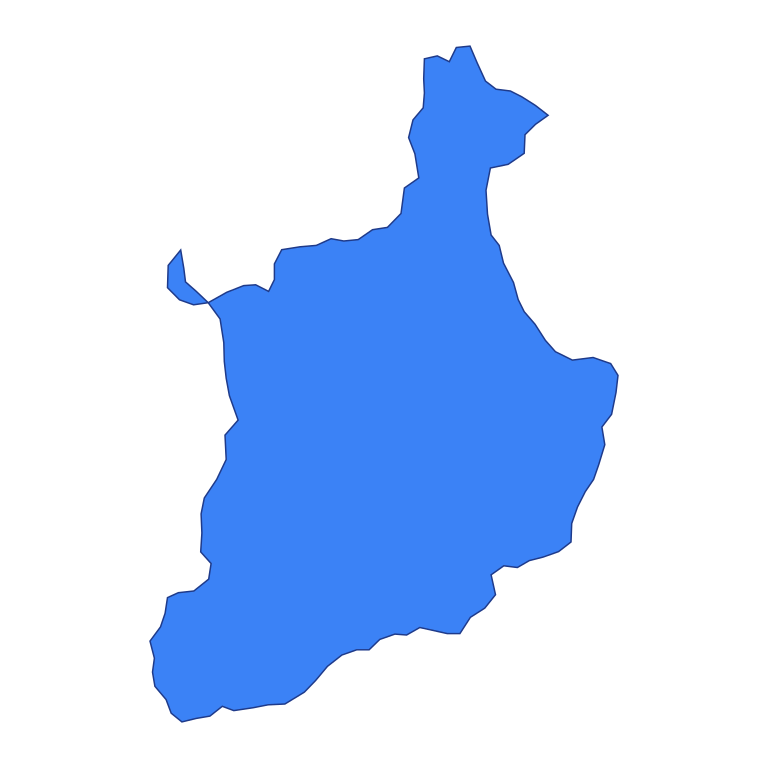 Senador Cortes, Minas Gerais, Brazil
{"feature_id": "56859067B45306296887702", "entity_name": "Senador Cortes", "entity_type": "district", "adm_level": 2, "iso_a3": "BRA", "parent_name": "Brazil", "parent_adm1": "Minas Gerais", "projection": "natural_earth1", "projection_center": [-42.912, -21.761], "detail": "fine", "context": "isolated", "style": "filled", "palette": "blue", "viewbox_px": 768, "rotation_deg": 0, "n_neighbors": 0, "source": "geoboundaries", "source_scale": "gbopen_adm2", "svg_char_len": 1704}
<svg xmlns="http://www.w3.org/2000/svg" viewBox="0 0 768 768"><path d="M424.4,58.8L423.7,78.8L424.4,93.0L423.2,107.8L413.0,119.9L408.6,137.6L414.9,153.8L418.8,177.9L404.4,188.0L401.0,213.5L387.4,227.4L372.5,229.7L358.2,239.6L343.8,241.0L331.1,238.7L316.3,245.4L300.0,246.8L281.7,249.7L274.4,263.9L274.4,279.6L268.6,291.4L255.7,284.8L243.7,285.6L226.7,292.3L208.2,302.7L220.1,319.0L223.8,342.7L224.3,361.5L226.2,378.3L229.4,395.7L238.1,420.1L225.0,435.1L226.2,459.5L216.7,479.4L204.3,498.0L201.1,513.9L201.9,533.0L200.7,551.9L211.1,563.5L208.7,579.1L193.8,591.0L178.3,592.7L167.5,597.6L165.1,613.3L160.5,626.9L150.0,641.1L154.4,658.2L152.5,672.1L154.9,686.3L166.1,699.6L171.2,713.2L181.9,721.9L196.3,718.4L209.9,716.1L222.3,706.3L233.8,710.6L253.3,707.7L268.1,704.8L284.9,704.0L304.4,692.1L315.6,680.5L327.5,666.3L341.9,655.0L356.7,649.8L369.1,649.8L379.8,639.4L394.9,634.1L406.6,635.0L419.8,627.5L447.3,633.6L459.9,633.6L470.4,617.3L484.8,608.1L495.5,594.7L491.1,574.8L503.8,565.8L517.4,567.5L529.3,560.6L543.0,557.1L558.6,551.6L571.0,542.0L571.7,523.5L577.5,507.0L585.3,491.6L593.6,479.4L598.7,464.7L604.8,444.7L601.9,427.0L611.6,414.3L616.0,392.5L618.0,375.4L610.7,363.6L593.1,357.5L572.4,360.1L555.4,351.7L545.4,340.4L535.0,324.2L524.2,311.7L518.2,299.6L513.5,282.5L503.5,263.1L499.2,245.4L491.1,235.0L487.5,214.1L486.0,190.3L490.4,168.0L508.2,164.3L524.2,153.3L525.0,134.7L535.5,124.3L548.1,115.3L535.5,105.5L521.8,96.8L510.4,91.0L496.0,89.2L485.5,81.1L477.3,63.2L470.0,46.1L456.3,47.5L449.3,61.7L437.3,55.9L424.4,58.8ZM208.2,302.7L196.3,291.4L185.5,281.9L183.8,268.3L180.7,250.0L168.2,265.4L167.5,287.7L179.5,299.8L193.6,304.8L208.2,302.7Z" fill="#3b82f6" stroke="#1e3a8a" stroke-width="1.5"/></svg>